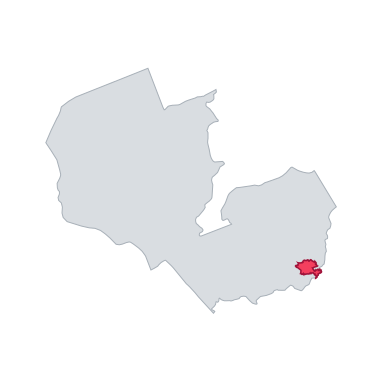 location of Isoka, Muchinga, Zambia, rotated 69°
{"feature_id": "96606910B95554535134500", "entity_name": "Isoka", "entity_type": "district", "adm_level": 2, "iso_a3": "ZMB", "parent_name": "Zambia", "parent_adm1": "Muchinga", "projection": "natural_earth1", "projection_center": [32.81, -10.022], "detail": "fine", "context": "in_parent", "style": "filled", "palette": "rose", "viewbox_px": 384, "rotation_deg": 69, "n_neighbors": 0, "source": "geoboundaries", "source_scale": "gbopen_adm2", "svg_char_len": 7931}
<svg xmlns="http://www.w3.org/2000/svg" viewBox="0 0 384 384"><g transform="rotate(69 192 192)"><path d="M250.1,258.3L235.1,258.3L229.7,259.7L225.3,261.8L220.0,265.1L216.9,267.3L216.1,268.6L215.7,271.4L215.7,275.7L215.2,278.8L213.6,281.6L205.5,285.1L200.2,287.9L195.1,291.2L191.2,295.5L188.6,300.8L184.2,307.4L174.9,319.2L169.6,321.4L165.1,320.9L159.6,318.4L155.3,317.9L152.1,319.5L149.1,319.0L146.4,316.5L144.1,315.6L142.3,316.3L139.9,316.2L135.6,314.8L131.8,310.6L129.8,308.9L128.2,308.2L123.8,307.6L113.5,306.6L102.9,308.7L93.6,310.8L84.0,301.5L74.7,291.6L72.7,289.1L69.2,285.8L66.7,284.2L65.7,283.4L63.1,274.6L61.7,266.5L60.7,188.8L102.6,188.8L105.3,188.5L105.4,187.7L103.4,183.5L103.5,182.1L104.0,179.2L105.8,173.6L105.9,171.8L105.0,165.6L105.0,162.2L105.4,155.3L105.1,153.0L106.1,149.9L106.4,147.8L106.8,146.9L106.3,144.6L105.4,136.4L104.9,132.9L107.4,133.4L108.2,135.1L108.7,137.0L109.9,137.1L112.9,138.2L113.9,139.7L114.6,143.0L114.2,144.7L113.3,146.0L114.3,147.2L116.3,148.0L117.4,147.8L120.8,145.6L123.9,144.7L125.5,144.1L132.4,142.7L133.8,141.9L134.7,141.9L135.4,142.5L134.8,144.8L134.6,146.9L135.5,150.8L136.2,152.6L137.6,154.0L138.7,154.7L139.9,156.1L142.3,155.8L147.6,157.8L149.2,158.7L151.4,159.7L153.0,160.0L158.5,160.7L164.3,161.8L167.3,161.9L169.4,161.6L170.9,161.1L171.8,160.4L172.2,159.9L174.4,152.5L175.5,151.9L176.9,151.5L177.7,152.2L178.7,156.9L182.9,161.1L184.4,164.6L185.4,167.7L186.3,168.5L187.9,169.5L190.5,169.9L192.7,170.0L204.0,175.2L205.2,176.1L206.6,178.9L207.5,182.0L208.4,184.5L209.8,185.0L211.1,185.2L212.4,186.8L213.4,188.3L216.8,194.4L217.2,196.9L218.9,198.5L221.0,199.2L223.1,199.3L224.2,198.5L227.1,197.3L229.3,195.8L231.0,195.3L231.9,195.6L232.7,196.6L233.2,199.7L234.8,200.7L236.0,200.3L236.4,199.1L236.4,198.5L236.3,166.6L235.3,166.8L234.0,167.7L231.0,167.9L229.8,168.5L229.5,169.6L229.7,170.9L229.8,172.7L229.4,173.5L228.1,173.9L226.2,173.2L222.7,172.3L219.9,171.7L217.8,169.3L215.0,165.7L213.2,163.9L208.8,160.1L208.1,159.4L206.7,157.6L205.6,154.6L204.5,151.2L203.9,149.0L204.9,145.6L207.4,134.5L208.0,131.1L210.1,127.6L210.3,124.5L209.4,120.5L209.6,118.3L209.9,105.6L209.3,101.6L207.8,97.2L204.6,91.0L204.6,89.7L209.5,85.7L210.9,84.2L213.5,80.9L215.2,78.2L216.3,75.9L216.6,73.0L215.8,70.3L217.5,69.8L257.6,62.6L258.2,64.5L259.4,67.7L260.8,70.0L262.6,72.0L264.0,73.2L265.0,73.6L271.2,73.5L273.4,74.7L275.3,76.3L275.8,78.7L277.1,80.2L278.5,81.4L279.1,81.6L280.1,81.3L281.7,81.2L283.3,81.8L284.0,82.3L284.1,84.3L284.6,85.2L286.7,85.6L288.8,85.7L290.8,87.1L293.1,87.3L295.6,87.9L296.8,89.4L299.6,90.9L302.9,92.3L306.6,94.5L306.7,95.2L307.3,96.5L308.0,97.5L308.0,98.9L308.3,100.1L309.3,100.5L310.1,100.5L310.8,99.6L311.8,99.6L312.8,100.2L313.2,101.7L314.1,103.7L315.4,105.1L316.3,106.4L316.0,108.8L315.4,111.0L317.3,113.2L319.7,115.3L320.3,116.2L320.5,119.3L320.9,120.3L322.5,122.9L323.3,124.6L323.3,125.5L318.9,130.6L316.2,131.4L315.0,132.4L314.3,133.5L316.0,138.5L317.0,140.4L316.2,142.8L314.5,146.9L313.7,147.3L313.5,150.3L314.0,151.5L314.9,152.3L315.3,154.4L315.2,159.6L314.1,165.5L316.1,170.6L316.7,171.2L319.5,171.2L319.9,171.7L319.3,173.1L317.4,175.4L313.9,177.2L308.9,179.1L307.8,181.0L307.2,183.7L307.7,185.3L308.4,186.2L308.2,188.5L307.8,191.0L307.9,193.0L307.7,194.7L307.0,195.6L306.1,198.2L305.1,200.8L304.2,202.0L303.0,203.3L301.0,204.3L301.0,204.8L303.3,206.1L303.9,206.9L304.1,207.5L303.1,208.8L304.2,209.6L305.4,210.3L306.6,212.0L308.0,215.3L308.2,215.7L308.6,215.7L309.4,215.3L310.7,214.0L311.7,213.5L312.9,215.4L292.1,223.6L287.2,225.2L279.9,228.1L277.5,229.2L275.6,230.2L256.2,236.6L253.2,237.8L246.3,241.1L246.1,241.6L246.2,243.1L246.8,246.2L248.0,249.0L249.0,250.6L249.7,254.7L250.1,258.3Z" fill="#d9dde1" stroke="#a8b0b8" stroke-width="1"/><path d="M308.2,118.8L308.2,118.7L308.1,118.4L308.2,118.5L308.4,118.3L308.2,118.1L308.5,117.9L308.4,117.9L308.5,117.7L308.4,117.6L308.4,117.3L308.3,117.2L308.5,117.2L308.7,116.9L308.8,116.9L309.0,116.8L308.9,116.5L309.2,116.4L309.2,116.1L309.4,115.9L309.3,115.7L309.5,115.5L309.5,115.4L309.4,115.3L309.4,115.2L309.5,115.0L309.5,114.5L309.7,114.3L309.8,114.2L309.7,113.9L309.8,113.4L310.2,113.0L310.2,112.6L310.4,112.2L310.5,112.1L310.4,111.8L310.2,111.7L310.1,111.4L310.0,111.1L310.2,110.8L310.1,110.7L310.3,110.4L310.5,110.2L310.4,110.1L310.5,110.1L310.8,110.1L310.6,109.8L310.4,109.8L310.6,109.2L310.6,108.9L310.7,108.5L310.8,108.1L310.8,107.9L311.0,107.9L311.3,107.7L311.6,107.8L311.7,107.7L311.8,107.6L312.1,107.4L312.2,107.2L312.3,107.2L312.5,107.1L312.5,106.9L312.7,107.0L312.7,106.9L312.8,106.8L312.8,106.6L313.0,106.6L313.3,106.6L313.5,106.7L313.7,106.8L313.8,106.7L313.9,106.8L314.2,106.5L314.2,106.3L314.3,106.3L314.3,106.2L314.5,106.2L314.8,106.1L315.0,106.3L315.3,106.2L315.3,106.3L315.5,106.3L316.2,106.8L316.5,107.3L316.9,107.5L316.9,107.4L316.7,107.1L316.7,106.8L316.5,106.4L316.4,106.1L316.3,105.8L316.2,105.7L315.8,105.7L315.6,105.5L315.3,105.4L315.2,105.1L315.1,104.9L315.0,104.2L314.8,104.2L314.6,104.0L314.3,103.9L314.0,103.6L313.9,103.5L313.6,103.5L313.6,103.2L313.8,103.1L313.7,103.0L313.6,102.6L313.5,102.1L313.3,101.8L313.3,101.7L313.5,101.4L313.7,101.2L313.6,100.8L313.4,100.7L313.4,100.2L313.0,99.9L313.0,99.7L312.8,99.6L312.3,99.6L312.2,99.8L312.0,100.0L311.9,99.8L311.6,99.8L311.3,99.6L311.2,99.5L310.9,100.0L311.0,100.4L311.1,100.5L310.9,100.7L311.0,100.9L311.0,101.1L310.9,101.3L310.7,101.4L310.8,101.5L310.7,101.8L310.6,101.7L310.3,101.5L310.4,101.2L310.2,101.0L309.9,100.6L310.0,100.5L310.2,100.4L309.8,100.3L309.6,101.3L309.5,101.5L309.6,101.9L309.5,102.2L309.5,102.3L309.4,102.6L309.4,102.8L309.5,102.8L309.4,102.8L309.5,103.0L309.4,103.5L309.4,103.8L309.5,104.0L309.4,104.5L309.5,104.6L309.4,104.6L309.5,104.7L309.4,104.8L309.5,104.9L309.4,105.0L309.5,105.2L309.4,105.3L309.5,105.5L309.6,105.8L309.7,106.1L309.3,106.1L309.0,106.0L308.9,106.2L308.6,106.4L308.3,106.3L308.1,106.3L307.8,106.3L307.7,106.4L307.3,106.7L307.2,106.6L306.9,106.7L306.4,106.7L306.5,106.6L306.4,106.4L306.2,106.3L306.2,106.1L306.0,105.9L306.0,104.5L306.1,103.7L306.1,103.1L306.2,102.3L306.2,101.5L306.1,101.3L305.9,101.5L305.7,101.6L305.6,101.8L305.3,102.0L305.2,102.0L305.0,101.9L304.9,101.9L304.8,102.0L304.7,102.0L304.4,102.2L304.4,102.3L304.2,102.4L303.8,102.6L303.6,102.6L303.4,102.6L303.3,102.4L303.3,102.2L303.2,101.9L303.3,101.8L303.2,101.8L302.9,101.8L302.8,101.7L302.7,101.6L302.4,101.5L302.2,101.6L301.7,101.8L301.5,102.0L301.3,102.0L301.2,102.0L301.0,102.3L300.9,102.3L301.0,102.4L300.9,102.5L301.0,102.7L301.0,102.8L300.9,102.9L300.7,103.0L300.8,103.2L300.7,103.4L300.8,103.4L300.7,103.5L300.4,103.7L300.2,103.8L300.1,104.0L299.8,104.1L299.7,104.3L299.4,104.4L299.2,104.5L298.8,104.8L298.8,105.1L298.6,105.2L298.4,105.1L298.2,105.0L297.9,105.2L297.8,105.4L297.7,105.5L297.9,106.2L298.0,106.5L298.2,107.0L298.5,107.3L298.4,107.5L298.3,107.4L297.9,107.6L297.9,107.8L297.8,108.0L297.6,108.0L297.5,107.9L297.3,107.9L297.3,108.0L296.9,108.2L296.7,108.6L296.7,108.8L296.9,109.2L297.0,110.1L296.9,110.2L296.7,110.3L296.6,110.5L296.4,111.0L296.4,111.3L296.3,111.5L296.0,111.5L296.0,111.9L295.9,112.4L296.1,112.6L296.3,112.9L296.3,113.0L296.5,113.2L297.0,113.8L297.3,113.9L297.5,113.8L297.6,114.2L297.4,114.4L297.4,114.8L297.2,115.0L297.3,115.2L297.2,115.3L297.1,115.6L297.1,116.0L297.1,116.4L296.7,117.2L296.6,117.3L296.4,117.5L296.3,117.9L296.3,118.1L296.3,118.3L296.2,118.4L297.1,118.2L297.4,118.4L297.5,118.8L297.9,119.5L298.1,119.6L298.1,119.3L298.5,119.4L298.1,120.3L297.9,120.8L297.8,121.2L297.8,121.3L298.0,121.2L298.3,121.3L298.5,121.5L298.6,121.8L298.8,121.7L299.2,121.7L299.3,121.6L299.4,121.4L299.5,121.5L299.7,121.4L299.6,121.2L299.9,120.9L300.2,120.7L300.5,120.4L300.8,120.3L303.9,118.4L304.1,118.4L304.3,118.4L304.6,118.5L304.8,118.7L305.0,118.8L305.3,118.8L305.5,118.9L305.7,119.0L305.9,119.2L306.2,119.3L306.6,119.4L306.7,119.7L306.8,119.9L307.0,120.0L307.1,119.7L307.4,119.6L307.5,119.4L307.9,119.2L307.8,118.9L308.0,118.8L308.2,118.8Z" fill="#f43f5e" stroke="#9f1239" stroke-width="1.5"/></g></svg>